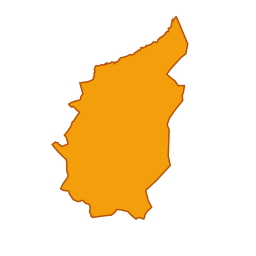 Yorosso, Sikasso, Mali (Mercator projection), rotated 162°
{"feature_id": "8926073B52464298998123", "entity_name": "Yorosso", "entity_type": "district", "adm_level": 2, "iso_a3": "MLI", "parent_name": "Mali", "parent_adm1": "Sikasso", "projection": "mercator", "projection_center": [-4.768, 12.344], "detail": "fine", "context": "isolated", "style": "filled", "palette": "amber", "viewbox_px": 256, "rotation_deg": 162, "n_neighbors": 0, "source": "geoboundaries", "source_scale": "gbopen_adm2", "svg_char_len": 4601}
<svg xmlns="http://www.w3.org/2000/svg" viewBox="0 0 256 256"><g transform="rotate(162 128 128)"><path d="M99.4,79.3L98.4,88.9L89.5,113.3L89.7,119.2L85.2,125.0L76.7,131.2L67.4,137.3L66.4,141.9L63.4,146.4L61.3,150.9L67.1,152.8L69.0,158.7L71.8,162.5L74.5,167.2L68.9,171.2L55.5,178.8L50.1,180.7L45.2,189.6L47.5,217.5L47.9,219.5L48.0,219.0L48.7,218.4L49.6,217.9L50.0,217.6L51.5,217.4L52.2,217.6L52.5,217.1L52.4,216.6L52.1,216.3L52.0,215.9L52.6,216.2L53.2,216.0L53.6,215.1L53.7,214.5L54.4,213.9L54.9,213.0L54.9,212.1L55.4,211.5L56.0,211.2L56.2,210.7L56.7,210.3L57.2,210.1L57.5,210.2L58.0,210.4L58.6,210.4L59.2,209.6L59.4,207.9L59.7,207.3L59.8,207.2L60.0,207.1L60.3,207.2L60.6,207.4L61.3,207.7L62.1,207.1L63.6,206.3L64.1,205.7L64.9,205.0L66.1,204.9L66.7,204.7L67.2,204.4L67.5,204.1L68.0,204.1L68.8,204.2L69.5,204.1L69.7,203.5L70.1,203.4L70.9,203.3L71.3,202.8L72.0,202.8L72.4,202.3L72.6,201.8L73.2,201.5L73.6,200.9L74.2,200.7L75.0,200.7L75.1,201.2L75.4,201.4L75.6,201.5L76.2,201.5L76.6,201.7L77.1,202.1L77.7,201.6L78.3,201.3L78.7,201.0L79.6,200.9L81.0,200.4L82.3,200.4L82.8,200.3L83.8,200.2L84.4,200.5L85.0,201.0L85.5,200.6L86.1,199.8L86.8,199.6L87.1,199.6L87.6,199.6L88.2,199.7L89.0,199.4L89.6,199.7L89.7,200.2L89.7,200.3L90.6,200.4L91.4,200.0L91.5,199.3L92.2,198.6L92.3,198.6L92.6,198.3L93.4,198.6L93.7,198.7L94.3,198.7L94.6,198.3L94.9,198.0L95.0,197.9L95.7,198.0L96.3,197.9L96.8,197.6L97.2,197.5L97.9,197.8L98.2,197.4L98.4,197.1L98.8,196.7L99.5,196.5L100.6,196.5L101.6,196.2L102.2,196.6L102.5,196.8L102.9,197.0L104.0,197.1L105.1,197.0L106.3,196.7L107.3,196.5L107.9,196.6L108.5,196.8L109.3,196.8L109.8,196.5L110.3,196.5L110.8,196.7L111.3,196.9L112.3,197.0L113.2,197.0L113.9,196.8L114.6,196.2L115.1,195.5L115.8,195.3L116.6,195.1L117.4,194.4L117.5,194.2L117.7,193.9L118.3,194.1L119.1,194.5L119.9,194.7L120.2,194.3L120.3,194.1L120.5,193.6L120.8,193.3L121.3,193.5L121.3,194.1L121.1,194.5L121.9,195.1L122.1,195.4L122.4,195.6L123.1,195.9L124.0,195.3L124.8,194.9L125.3,194.9L125.6,195.2L125.8,195.4L127.0,195.8L128.0,195.7L128.4,195.3L128.4,195.2L128.8,194.9L129.1,195.1L129.1,195.3L129.0,195.6L128.9,196.0L128.8,196.4L129.8,196.1L130.9,195.5L131.2,195.4L131.4,195.3L131.7,195.2L131.9,195.4L132.3,195.8L132.6,196.0L133.3,196.4L134.5,196.4L135.4,196.2L135.6,196.2L136.4,196.2L137.0,196.2L138.0,196.8L139.5,197.0L140.4,196.3L141.3,195.0L142.1,193.5L141.9,192.4L141.9,191.7L142.1,191.2L142.6,190.9L142.9,191.0L143.3,190.6L143.6,189.5L143.8,188.8L143.8,188.5L143.7,188.4L143.9,188.3L144.1,188.0L145.0,187.1L145.1,186.4L145.8,185.6L146.1,185.1L146.8,184.8L147.8,184.7L149.8,184.5L151.2,184.4L152.9,184.5L154.2,184.8L155.3,185.2L155.5,185.2L156.5,185.2L157.7,185.4L159.0,185.5L159.9,185.7L159.9,183.4L160.3,175.0L160.3,174.6L161.2,173.9L162.1,173.2L162.7,172.7L163.5,171.8L164.0,170.5L164.4,170.0L165.2,169.6L169.3,169.8L172.0,169.8L172.6,169.7L174.1,169.8L175.8,169.3L176.8,169.1L177.0,168.6L176.6,167.6L175.6,165.9L175.3,165.4L174.8,165.3L174.2,165.5L173.7,165.6L172.4,163.3L171.2,160.9L170.0,159.1L169.6,158.4L169.5,157.6L169.7,157.3L170.5,157.0L171.2,156.4L172.7,155.5L174.6,153.7L175.6,153.2L176.1,152.4L176.8,152.1L177.2,151.7L177.8,151.3L178.8,151.1L179.4,150.8L180.1,149.5L182.0,146.9L183.5,145.9L185.3,144.4L189.9,141.3L190.7,140.9L190.5,140.3L189.6,138.1L189.7,134.5L189.8,133.0L190.0,132.2L190.0,131.4L191.0,131.2L194.5,131.0L195.8,130.9L196.6,130.9L197.0,131.6L197.4,132.5L197.9,132.9L198.5,132.9L198.9,133.7L199.0,134.7L199.1,135.4L199.4,135.7L199.6,135.8L200.6,136.4L201.6,137.1L202.7,136.5L204.2,136.1L205.2,135.6L202.8,129.3L201.4,126.1L197.5,118.8L196.7,117.3L196.6,115.9L196.9,114.3L198.3,110.0L199.3,106.4L199.7,105.6L199.6,104.5L199.4,103.7L199.2,103.1L199.5,102.3L199.9,101.1L200.2,100.3L201.7,98.9L203.6,97.4L204.8,96.8L206.4,95.4L207.8,94.3L208.8,93.1L210.1,91.8L210.8,91.3L210.8,90.9L210.6,90.6L209.4,89.4L208.4,88.4L205.6,87.2L204.7,86.8L204.2,86.6L204.0,86.3L204.0,84.3L204.0,83.1L202.1,76.6L200.3,75.2L199.5,74.4L198.3,73.5L196.9,73.2L195.2,73.2L194.7,73.4L193.9,73.4L193.5,72.9L192.6,71.8L192.6,71.1L192.3,70.6L191.1,68.9L190.5,69.0L190.4,69.0L189.0,67.7L188.3,66.7L188.5,65.5L188.6,64.7L188.4,63.9L188.9,63.3L189.2,62.7L189.2,62.2L190.1,61.1L190.4,60.2L190.5,59.4L190.3,58.5L189.9,57.7L189.8,56.9L190.1,56.3L190.5,56.0L190.1,55.2L189.9,54.6L189.2,54.4L188.9,54.0L188.9,53.8L177.0,51.7L170.7,50.3L166.9,51.7L164.0,53.9L161.6,53.1L159.3,52.0L158.1,51.1L154.1,48.8L151.7,43.8L148.5,38.9L146.7,39.5L145.7,39.6L144.4,39.0L143.2,38.0L141.1,36.5L139.5,38.6L138.6,40.3L135.4,42.8L130.0,45.3L131.2,52.8L130.5,63.2L117.6,69.1L99.4,79.3Z" fill="#f59e0b" stroke="#b45309" stroke-width="1.5"/></g></svg>